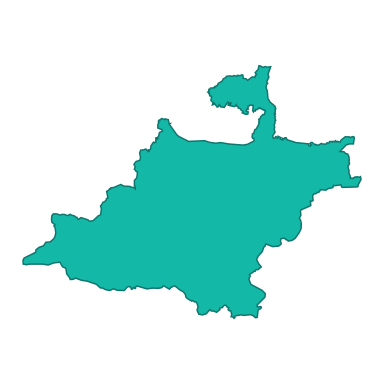 outline of Bandung, Jawa Barat, Indonesia
{"feature_id": "22746128B73297609500416", "entity_name": "Bandung", "entity_type": "district", "adm_level": 2, "iso_a3": "IDN", "parent_name": "Indonesia", "parent_adm1": "Jawa Barat", "projection": "mercator", "projection_center": [107.664, -7.063], "detail": "fine", "context": "isolated", "style": "filled", "palette": "teal", "viewbox_px": 384, "rotation_deg": 0, "n_neighbors": 0, "source": "geoboundaries", "source_scale": "gbopen_adm2", "svg_char_len": 6028}
<svg xmlns="http://www.w3.org/2000/svg" viewBox="0 0 384 384"><path d="M270.7,66.7L267.3,67.2L265.3,66.6L262.5,67.4L260.9,66.1L259.0,65.7L258.1,69.5L255.2,72.6L256.5,74.7L255.3,75.4L255.0,77.3L252.2,76.9L247.6,80.4L246.0,78.8L243.3,78.4L242.9,75.2L242.1,74.8L239.6,75.7L237.4,75.3L237.1,75.9L235.6,76.1L234.1,75.5L232.2,76.4L230.4,75.9L226.4,76.3L226.0,77.4L223.4,78.8L222.0,81.2L218.1,83.5L217.4,85.4L216.0,86.0L215.8,86.7L214.6,86.6L214.7,87.7L210.4,88.1L209.8,89.2L208.8,89.4L208.9,90.5L207.9,92.1L209.3,92.2L208.8,93.5L209.4,93.7L209.7,95.8L211.6,96.3L210.9,100.5L213.1,102.6L212.4,104.9L213.8,104.4L214.3,103.3L217.2,107.1L218.1,106.8L219.3,104.5L219.7,105.0L218.9,105.8L220.6,106.2L220.7,106.9L224.3,107.4L227.8,102.0L228.9,102.9L228.1,105.1L228.7,105.3L231.1,102.2L230.0,105.7L234.8,106.6L236.3,104.9L236.3,105.8L238.0,106.7L238.2,108.0L240.4,108.8L241.1,110.2L243.3,111.6L243.3,112.4L242.4,112.9L245.9,114.4L247.9,114.0L248.2,111.9L246.2,111.0L246.8,109.1L248.1,109.4L248.0,106.5L248.2,106.0L249.2,106.0L249.7,105.1L253.1,105.3L252.8,111.0L253.4,112.0L254.2,110.8L255.4,111.0L255.5,109.7L257.5,109.5L258.8,107.8L259.4,108.4L260.7,108.1L260.9,108.8L262.9,109.3L263.1,110.0L264.8,110.1L264.7,110.8L265.4,111.3L264.2,114.6L262.9,114.5L260.6,116.9L260.0,118.7L258.9,119.1L258.7,119.8L259.3,120.1L258.8,122.4L259.2,122.6L258.7,124.4L256.3,128.9L254.7,129.8L253.8,133.1L252.4,134.0L252.1,137.3L252.7,138.3L253.6,138.3L254.2,140.0L253.8,141.1L247.5,144.3L243.1,145.1L228.9,144.0L220.8,142.6L215.6,143.2L209.4,142.3L204.6,140.7L188.6,141.4L179.1,136.6L176.9,134.9L169.7,124.8L169.4,124.3L170.1,123.6L169.1,123.7L168.3,119.7L165.0,118.9L164.7,119.7L161.8,118.5L159.8,119.9L159.8,120.7L158.7,120.4L158.3,121.9L158.9,122.7L157.9,124.4L157.8,128.0L161.9,129.7L162.5,131.0L159.5,132.5L158.6,136.2L157.5,137.5L155.7,138.0L155.8,138.6L157.5,138.8L155.8,139.9L155.9,142.1L154.4,142.8L153.8,142.1L153.0,142.7L151.0,145.8L150.7,148.6L149.5,150.1L148.7,149.9L149.1,151.1L148.4,151.7L145.8,149.0L143.5,149.9L140.7,150.1L139.6,152.9L140.5,157.4L139.9,160.2L136.1,161.5L134.2,163.8L134.0,164.7L135.3,166.7L134.3,169.3L135.7,170.4L136.0,171.4L137.5,172.1L136.8,177.8L134.4,180.4L134.4,185.8L135.2,186.4L135.3,188.9L133.5,187.4L131.6,187.3L129.8,186.4L123.8,186.1L120.8,184.5L113.7,187.5L110.9,187.8L110.5,189.0L109.6,188.7L108.8,190.1L106.6,191.4L108.0,197.8L106.5,198.5L106.1,200.2L104.4,201.8L102.7,202.4L102.0,204.3L100.5,205.9L101.4,208.6L100.6,214.8L98.2,215.9L93.1,220.7L89.3,221.2L88.1,219.9L81.0,217.6L78.3,219.5L76.9,217.3L76.2,217.4L74.2,215.8L71.2,215.1L70.3,214.3L67.5,215.6L64.3,214.4L61.7,214.4L60.2,215.2L56.8,213.9L53.3,213.9L51.9,215.6L51.5,219.3L51.9,222.3L55.0,224.7L53.9,226.0L55.1,227.6L55.8,233.0L54.9,236.8L53.4,239.1L50.1,242.0L45.9,242.2L43.6,245.7L39.0,247.4L36.0,249.8L35.6,252.3L24.2,258.0L23.0,260.2L23.2,264.1L26.4,264.7L29.5,264.1L42.6,264.1L48.1,265.0L53.8,262.9L59.9,262.2L62.5,266.8L65.9,268.3L66.7,273.9L69.4,277.4L70.2,279.5L73.3,279.3L75.5,278.1L81.6,280.3L86.9,281.1L96.4,284.3L100.3,287.9L102.6,288.1L105.5,289.6L109.1,290.4L110.4,290.3L113.2,288.8L117.4,290.3L124.3,290.5L127.2,287.1L128.8,286.5L131.0,287.3L131.2,289.0L131.9,289.3L133.8,287.6L135.0,288.6L135.6,288.0L135.1,287.3L137.0,286.0L147.0,288.9L152.3,288.1L158.6,288.3L161.9,287.6L163.2,286.0L164.1,286.0L169.5,289.2L170.7,287.7L173.4,286.2L175.0,286.0L179.9,290.0L183.2,291.7L185.5,294.7L185.8,296.9L187.4,298.6L191.6,301.1L192.6,300.6L194.6,301.9L195.9,301.8L197.1,303.5L198.1,307.1L197.0,310.0L198.8,314.2L202.4,314.9L206.2,313.8L209.9,309.6L211.2,311.0L213.8,311.1L216.6,312.3L219.9,309.6L219.5,309.1L220.2,307.7L222.3,307.7L223.6,305.8L224.9,305.2L226.1,305.5L227.0,307.0L228.7,307.6L228.1,309.7L229.3,310.8L230.4,310.5L231.3,312.5L231.7,314.7L231.1,316.7L233.0,317.0L234.0,318.3L234.9,317.7L234.7,316.4L235.8,315.7L241.7,314.8L243.2,315.4L250.6,314.7L252.9,315.5L255.5,317.7L257.2,317.4L258.1,310.0L260.8,308.5L261.4,307.3L260.9,306.7L257.4,306.9L257.0,305.2L264.9,297.2L265.3,293.6L262.0,290.3L250.9,284.4L248.9,279.2L250.2,275.9L249.4,274.5L252.9,272.4L253.6,271.4L255.1,271.4L255.3,270.5L256.8,269.5L258.0,269.7L261.3,266.9L258.4,263.4L256.6,259.3L258.3,256.0L262.3,251.6L263.8,247.2L265.3,245.9L265.6,243.9L272.7,246.6L278.6,246.1L281.0,244.3L281.2,243.1L280.4,241.5L281.0,238.7L284.7,238.1L285.5,239.5L286.6,239.6L288.3,241.1L292.2,240.3L295.0,238.5L299.3,232.5L301.1,228.5L301.3,223.6L300.7,220.6L299.4,218.1L300.9,215.2L300.4,211.2L301.2,209.8L310.8,205.6L310.4,201.1L312.0,201.2L313.1,200.5L312.6,195.6L314.0,193.8L315.6,193.8L318.1,192.1L318.8,192.3L320.2,190.5L320.3,189.7L326.0,190.1L328.1,188.6L331.9,187.9L333.0,187.3L333.5,185.4L334.8,185.7L340.9,184.8L341.6,187.0L342.8,187.4L357.3,186.9L358.1,186.3L357.9,185.4L361.0,179.5L360.5,176.7L359.5,177.3L357.0,176.7L356.5,177.2L354.9,177.0L352.5,178.6L351.8,178.1L350.2,178.4L350.4,176.6L348.8,172.8L349.1,170.9L348.1,167.4L348.0,165.6L349.0,164.9L349.5,163.0L348.8,161.1L349.3,160.4L348.9,156.5L347.6,154.0L345.5,153.4L343.9,151.7L339.9,151.5L346.2,144.9L349.5,143.9L353.4,143.9L354.3,137.7L353.8,136.8L352.4,136.6L350.4,137.6L349.5,136.9L345.2,136.8L341.2,140.0L340.1,142.2L337.8,141.4L337.3,141.9L336.7,141.4L336.3,141.8L335.3,140.8L334.8,141.9L333.2,141.3L332.2,142.1L331.7,141.5L329.5,141.6L329.4,142.5L328.5,143.1L327.0,142.8L326.3,144.1L322.4,144.0L321.4,143.4L318.3,145.3L315.7,144.4L315.2,144.9L312.1,142.5L311.0,142.5L310.0,143.6L311.4,145.1L309.9,146.2L308.8,145.6L308.7,143.9L296.0,142.6L286.9,139.7L286.3,137.8L284.8,137.8L284.6,138.8L282.6,138.3L282.7,140.0L280.1,138.9L280.9,137.7L278.1,136.3L278.0,137.7L277.1,138.4L276.6,137.0L275.6,136.6L274.9,137.9L273.3,138.3L272.6,135.8L275.1,132.2L274.1,129.4L274.7,127.6L274.1,124.8L274.9,123.6L275.0,121.2L275.7,120.5L274.9,117.5L275.4,116.7L274.5,115.2L275.1,114.6L274.6,114.4L275.2,113.5L274.5,113.0L275.3,112.0L275.1,109.6L275.8,108.8L274.9,106.1L270.1,102.1L267.9,98.5L267.3,91.0L266.1,87.7L266.5,84.7L267.7,83.4L266.7,81.9L268.9,77.1L268.0,74.3L270.7,66.7Z" fill="#14b8a6" stroke="#0f766e" stroke-width="1.5"/></svg>